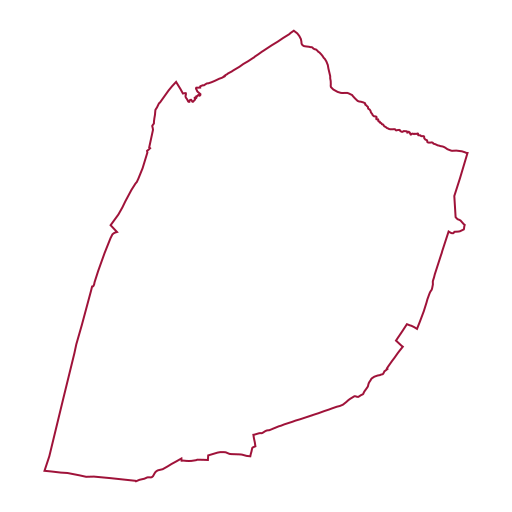 Gavanesti, Olt, Romania (orthographic projection)
{"feature_id": "2599482B13192402804767", "entity_name": "Gavanesti", "entity_type": "district", "adm_level": 2, "iso_a3": "ROU", "parent_name": "Romania", "parent_adm1": "Olt", "projection": "orthographic", "projection_center": [24.014, 44.415], "detail": "fine", "context": "isolated", "style": "outline", "palette": "rose", "viewbox_px": 512, "rotation_deg": 0, "n_neighbors": 0, "source": "geoboundaries", "source_scale": "gbopen_adm2", "svg_char_len": 5971}
<svg xmlns="http://www.w3.org/2000/svg" viewBox="0 0 512 512"><path d="M135.9,481.3L139.5,479.8L144.4,478.7L147.3,477.4L148.3,477.3L151.0,477.4L151.9,477.1L153.0,476.2L154.6,473.3L155.5,472.0L156.7,471.0L158.0,470.3L162.7,469.2L167.8,466.3L171.5,464.0L176.1,461.5L181.4,458.5L181.6,460.7L183.4,460.6L186.5,460.9L188.8,461.0L191.4,460.9L196.0,460.2L197.3,459.7L203.4,459.8L207.9,460.0L208.2,455.4L217.6,452.6L220.4,452.1L223.4,452.1L225.7,452.3L229.5,453.9L231.5,454.1L240.0,454.4L241.9,454.6L246.6,455.9L250.3,456.3L250.7,454.3L251.5,451.4L252.0,449.0L252.3,447.9L253.0,447.3L255.4,446.3L254.8,442.3L253.9,438.1L253.4,434.8L254.2,434.7L258.9,433.3L260.2,433.1L261.6,433.2L262.5,432.9L265.5,431.0L267.1,430.4L269.3,430.2L278.8,426.3L281.0,425.7L284.2,424.4L292.3,421.8L295.5,420.6L300.0,419.3L314.4,414.5L318.5,413.2L324.2,411.1L328.8,409.6L332.0,408.4L336.9,406.7L339.8,406.0L342.9,404.7L346.2,402.1L348.4,400.1L350.2,398.8L354.3,396.3L354.9,396.2L355.9,396.4L357.0,396.8L358.2,396.9L359.1,396.4L360.9,395.2L362.8,394.3L363.3,393.8L363.8,392.5L364.5,391.3L367.5,387.1L368.0,386.1L368.3,384.7L368.7,383.3L369.5,381.8L370.5,380.4L371.1,379.2L371.9,378.3L374.3,376.7L377.7,375.5L380.0,375.1L380.7,374.7L382.7,374.2L383.3,373.6L384.5,371.2L385.3,370.7L387.4,369.0L386.9,368.4L388.5,366.0L392.1,360.9L394.4,357.9L397.7,353.2L399.6,350.7L402.8,346.7L401.6,345.8L396.0,340.6L397.8,337.9L402.4,331.1L406.9,324.2L410.0,325.4L411.2,325.7L412.5,326.3L414.3,327.2L417.0,328.9L419.9,321.6L423.8,311.2L426.5,302.6L427.4,299.3L429.1,294.6L429.8,292.8L430.4,291.6L431.7,289.7L432.1,288.4L432.9,284.4L432.8,281.7L433.0,280.6L434.0,277.5L434.8,274.3L441.1,254.8L441.7,253.1L442.2,251.2L448.6,231.5L450.7,232.8L451.9,233.2L453.2,233.2L454.0,232.5L454.4,231.8L458.1,231.6L459.9,231.3L463.8,229.4L464.0,228.6L464.3,226.3L464.7,224.9L463.7,224.1L460.5,220.5L459.2,219.8L457.8,219.3L456.8,218.5L455.6,217.1L454.3,196.0L460.0,178.2L467.5,153.0L466.3,152.9L464.7,152.2L461.9,151.3L456.3,150.6L452.2,150.8L451.3,150.7L447.4,149.2L445.4,147.8L444.4,147.2L443.0,146.6L442.2,146.4L440.4,146.1L439.0,145.6L437.8,145.4L435.3,144.2L433.5,143.7L432.8,142.8L432.4,142.6L431.8,142.4L430.3,142.6L428.7,142.6L428.1,142.5L427.4,142.1L427.2,141.4L427.2,140.8L426.9,140.2L425.4,139.6L424.6,138.7L424.3,138.3L424.2,137.8L424.2,136.9L424.0,136.4L423.6,136.2L423.0,136.1L421.7,136.2L421.3,136.1L421.0,136.0L420.6,135.5L420.3,135.3L419.0,135.3L418.3,135.2L418.1,134.7L418.1,133.9L418.0,133.7L417.8,133.5L417.5,133.5L416.0,134.0L414.9,133.7L414.1,134.1L413.7,134.0L412.8,133.6L412.3,133.7L411.8,133.8L411.6,134.2L411.1,134.5L410.8,134.6L410.6,134.5L410.2,133.6L410.0,133.4L409.8,132.6L409.6,132.4L408.8,131.8L408.5,131.8L407.8,132.6L407.6,132.6L407.3,132.6L407.1,131.6L406.7,131.3L404.2,131.1L403.6,131.1L402.6,131.8L402.1,131.8L401.5,131.7L400.6,131.2L400.2,130.9L400.1,130.5L399.7,130.0L399.3,129.9L397.4,130.1L396.2,130.4L395.8,130.2L395.5,129.9L395.3,129.5L395.0,129.3L394.5,129.2L390.6,129.3L389.0,129.0L388.0,128.4L387.3,128.2L386.9,128.0L385.7,127.0L384.3,126.3L384.0,125.9L383.2,124.6L381.9,124.2L381.5,123.4L381.2,123.1L380.2,122.8L379.9,122.5L379.8,121.7L379.6,121.6L378.8,121.5L378.5,121.3L378.2,120.6L378.3,119.9L378.1,119.5L378.0,119.3L376.9,119.3L376.4,119.2L376.3,118.9L376.3,118.2L376.6,117.2L376.4,116.9L376.1,116.6L375.4,116.4L374.1,116.3L373.6,116.0L372.6,115.0L372.2,114.0L371.3,112.9L370.9,112.3L370.6,111.1L369.7,109.6L368.3,108.7L368.1,108.3L368.0,107.2L367.7,106.7L367.0,106.2L366.3,105.3L365.4,104.8L365.2,104.5L365.2,103.6L365.0,103.2L363.3,102.4L360.8,101.7L359.1,101.5L357.6,100.9L354.9,98.3L352.7,95.9L352.2,95.1L348.9,93.5L347.9,93.1L347.1,92.9L342.3,93.0L340.9,92.9L338.6,92.2L337.6,91.9L333.3,89.5L331.5,87.7L331.1,87.3L330.8,86.7L330.8,86.2L330.7,85.4L330.8,84.3L330.7,81.0L330.6,80.5L330.2,78.3L330.2,76.1L330.0,75.3L328.4,68.5L327.8,65.0L327.3,63.8L326.4,61.5L324.9,59.0L323.7,57.8L322.5,55.9L321.1,54.2L320.5,53.6L319.5,52.5L318.2,51.7L317.3,50.6L315.8,49.4L314.9,49.3L314.0,48.9L313.3,48.5L312.4,47.5L311.7,47.2L310.2,47.1L309.2,46.8L305.8,46.4L304.0,46.1L303.4,45.8L302.2,44.8L301.6,43.7L301.5,43.0L301.4,41.6L300.9,39.1L299.3,36.0L297.3,33.4L293.8,30.7L290.4,33.1L289.4,34.1L283.1,38.0L277.8,41.6L271.7,45.3L263.2,50.9L262.2,51.5L258.3,54.3L254.7,56.7L254.2,57.3L253.7,57.6L253.0,58.0L248.3,61.1L243.3,64.0L239.4,66.8L235.0,69.4L233.3,70.4L231.7,71.5L227.9,73.5L227.3,74.1L225.5,75.1L223.9,76.4L224.2,76.6L221.9,77.8L219.3,78.7L214.7,80.9L211.6,82.2L208.4,83.3L207.0,83.4L205.9,84.0L203.9,85.3L202.4,85.3L201.9,85.7L200.6,86.1L200.2,86.4L200.2,87.6L196.3,87.7L196.1,88.0L196.0,88.3L196.1,88.9L196.9,90.4L197.2,91.2L197.5,91.6L200.4,94.1L200.4,94.7L200.3,95.1L199.8,95.6L199.6,95.7L198.4,95.0L197.9,95.3L197.8,95.6L197.2,96.2L196.4,96.2L196.1,96.7L196.4,97.7L196.3,97.9L196.1,98.1L195.5,97.9L195.1,97.6L194.7,97.7L194.6,97.9L194.7,98.2L194.9,98.5L195.1,98.9L195.0,99.6L194.8,99.9L194.3,100.3L193.1,101.7L192.7,101.8L192.4,101.7L192.1,101.3L191.7,100.5L191.3,100.0L191.1,99.8L190.4,99.9L189.7,100.3L189.6,100.6L189.4,101.8L189.0,101.9L188.2,101.5L187.1,99.3L186.0,97.8L185.6,96.9L185.5,95.9L185.8,95.1L185.9,94.4L185.9,93.7L185.8,93.2L185.3,93.1L182.9,93.5L180.5,89.1L176.5,82.6L176.1,81.9L172.0,86.3L170.2,88.5L168.7,90.3L161.2,100.8L160.0,102.5L159.0,103.3L158.3,104.7L157.0,107.4L155.7,109.4L155.4,110.0L155.1,113.2L155.0,114.6L154.3,118.7L154.2,119.8L154.0,120.8L153.9,123.5L152.3,125.7L152.3,126.4L152.7,127.9L153.0,129.8L149.2,147.4L150.1,148.2L148.7,149.6L147.1,150.8L147.2,151.8L147.4,152.5L142.6,168.2L138.3,178.8L136.8,182.0L135.5,183.5L131.5,189.8L125.3,201.4L122.4,207.4L118.4,214.5L110.6,225.2L117.0,232.0L115.3,232.5L113.7,233.3L112.4,234.4L110.5,238.2L104.6,253.0L98.2,270.9L94.6,282.1L94.1,284.5L93.5,285.8L93.1,286.3L92.1,286.5L91.0,290.9L81.8,325.1L76.3,344.3L74.4,353.2L63.2,398.9L49.3,456.3L44.5,470.8L51.6,471.5L60.9,472.6L67.5,473.0L79.8,475.4L86.1,476.8L93.9,476.6L110.1,478.1L135.4,480.8L135.9,481.3Z" fill="none" stroke="#9f1239" stroke-width="2"/></svg>